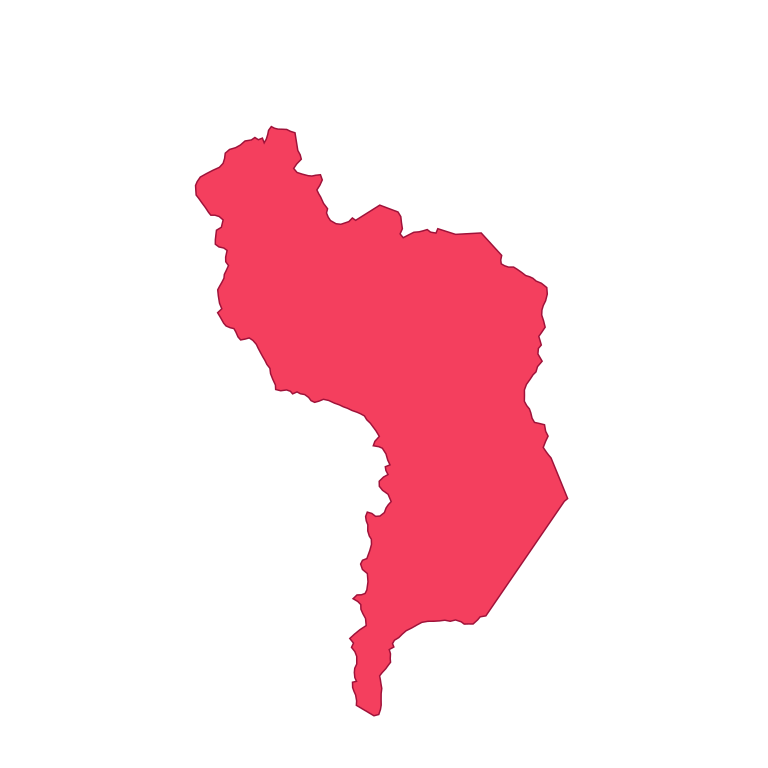 the district of Calmon, Santa Catarina, Brazil, rotated 59°
{"feature_id": "56859067B66018065458430", "entity_name": "Calmon", "entity_type": "district", "adm_level": 2, "iso_a3": "BRA", "parent_name": "Brazil", "parent_adm1": "Santa Catarina", "projection": "mercator", "projection_center": [-51.016, -26.631], "detail": "fine", "context": "isolated", "style": "filled", "palette": "rose", "viewbox_px": 768, "rotation_deg": 59, "n_neighbors": 0, "source": "geoboundaries", "source_scale": "gbopen_adm2", "svg_char_len": 3902}
<svg xmlns="http://www.w3.org/2000/svg" viewBox="0 0 768 768"><g transform="rotate(59 384 384)"><path d="M104.1,378.0L105.2,384.1L105.0,389.5L103.4,395.6L104.4,401.2L108.6,404.5L112.0,408.3L113.5,413.5L112.7,420.5L112.2,428.0L112.0,434.9L114.3,439.9L116.8,443.3L120.8,445.4L125.3,447.7L129.4,447.2L134.8,446.8L141.0,446.2L146.5,446.0L150.1,445.5L152.3,441.9L155.6,439.0L160.5,437.4L165.9,442.7L165.9,448.4L169.1,450.9L173.4,454.2L177.3,456.6L181.5,454.9L184.9,451.3L188.7,449.7L193.7,454.4L197.7,456.7L202.4,456.3L205.4,460.7L207.8,464.4L210.9,466.7L213.2,470.4L215.5,474.5L217.6,478.0L223.1,480.6L230.1,483.4L236.0,484.3L237.2,489.9L241.7,489.9L245.7,490.0L249.4,490.1L252.9,489.5L256.6,486.8L259.2,484.1L263.0,484.2L268.5,484.9L272.4,484.2L273.9,480.1L275.1,475.8L279.1,473.9L284.4,473.0L288.2,473.4L293.6,473.7L298.7,473.9L302.3,473.9L307.0,474.3L311.8,473.7L316.7,475.9L322.6,476.9L329.0,477.6L332.9,479.7L336.6,476.0L338.9,470.6L342.0,468.0L345.4,467.4L346.0,462.6L349.3,460.7L352.2,457.4L356.7,455.5L360.7,455.1L364.0,452.9L365.2,448.6L365.9,443.8L369.6,439.9L374.8,436.4L378.9,433.0L382.6,430.6L386.0,427.8L390.3,425.0L394.5,421.5L397.5,419.4L401.3,417.2L405.8,417.2L410.6,415.9L415.8,415.4L419.9,415.0L426.5,415.0L428.4,421.3L431.4,425.0L435.1,420.7L438.2,418.5L444.9,418.3L451.2,420.0L456.4,420.5L455.6,425.5L459.1,426.9L463.7,427.2L463.5,432.3L464.9,438.2L469.3,440.7L474.4,440.0L480.6,437.3L488.5,438.4L489.6,442.3L491.3,446.0L494.4,449.9L495.1,455.5L493.1,459.4L488.7,461.1L485.2,464.3L488.1,468.0L492.2,469.7L496.4,470.4L501.6,473.6L506.7,474.9L510.5,474.8L515.0,477.3L519.4,481.9L524.8,488.6L524.0,493.2L526.3,496.8L531.9,498.0L537.9,495.9L545.3,499.6L551.7,504.8L553.8,508.1L553.0,512.0L550.9,515.8L552.1,521.1L556.9,518.5L561.1,517.5L565.2,519.8L570.0,520.4L575.5,520.6L581.9,523.7L582.2,531.2L583.2,538.1L584.5,544.4L590.4,543.6L593.0,547.5L598.4,546.8L603.5,547.7L610.0,551.6L612.6,555.5L616.0,558.0L620.6,560.2L624.7,560.7L623.4,564.6L628.0,567.2L631.9,568.0L636.0,568.5L641.6,570.7L645.2,573.2L663.2,563.5L664.6,558.7L661.1,554.6L657.8,551.8L653.3,549.2L647.9,545.9L643.8,542.7L639.4,541.0L635.8,539.5L631.9,538.1L630.4,534.1L629.0,529.2L627.4,525.5L625.9,521.7L622.6,520.1L618.6,517.4L614.3,516.3L614.5,511.0L610.9,510.4L609.0,507.0L609.0,502.0L607.8,497.2L606.9,492.1L607.4,485.7L607.5,480.1L607.8,474.3L610.0,468.6L613.0,463.5L615.7,458.3L617.8,453.5L621.5,449.4L623.1,444.2L627.6,440.3L631.1,438.9L633.1,435.3L635.6,431.2L634.4,425.2L633.1,421.5L635.2,416.1L577.4,289.8L576.8,285.6L556.3,282.4L533.4,278.9L529.7,279.5L526.0,279.9L520.4,280.2L516.3,274.9L513.2,270.2L507.8,269.8L501.6,267.4L498.2,270.8L494.4,274.8L489.6,274.7L484.2,273.0L480.2,272.2L476.1,272.8L471.1,272.6L466.0,269.4L461.4,266.7L457.7,262.1L455.0,255.9L452.9,251.6L451.9,247.5L448.2,243.5L445.9,236.7L437.5,236.6L433.0,233.3L431.6,229.1L428.0,228.1L422.9,226.8L421.0,222.4L418.3,216.6L412.1,214.7L406.1,213.3L401.9,210.5L398.8,207.1L395.9,202.6L391.0,197.7L385.2,194.8L378.7,197.2L374.1,200.6L370.1,201.9L367.1,203.9L364.0,206.7L359.1,208.6L354.2,210.8L350.5,212.7L348.0,217.0L344.7,219.8L341.4,221.6L337.9,220.1L334.4,216.9L304.6,222.9L292.6,245.6L278.6,257.9L281.4,261.7L277.8,265.9L273.9,267.4L272.8,271.7L271.6,275.6L269.3,280.3L268.9,285.7L268.5,292.2L263.6,292.9L260.4,288.3L254.4,285.8L249.2,283.4L243.8,283.4L228.5,295.5L229.1,324.0L225.4,325.6L226.7,330.5L225.8,334.6L224.9,338.7L221.9,342.6L216.3,345.7L212.3,345.9L207.8,345.2L204.7,342.1L198.0,342.8L191.0,342.0L187.4,342.0L183.1,341.6L180.6,336.6L177.3,331.8L171.9,330.7L169.9,335.0L168.6,338.7L166.4,341.7L162.0,346.0L157.9,349.6L152.7,350.4L150.4,345.4L148.7,339.1L144.4,337.8L139.4,337.6L122.8,330.9L119.3,334.0L115.7,336.3L113.1,340.2L111.0,343.5L108.4,346.1L105.3,348.0L107.1,352.3L110.2,355.1L113.5,358.8L115.6,362.5L110.6,361.6L109.9,365.9L106.2,367.7L106.5,372.0L104.1,378.0Z" fill="#f43f5e" stroke="#9f1239" stroke-width="1.5"/></g></svg>